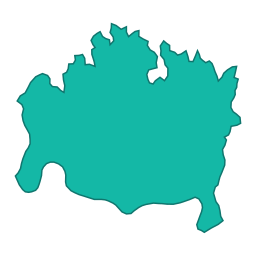 Santa Maria da Serra, São Paulo, Brazil
{"feature_id": "56859067B48466471181583", "entity_name": "Santa Maria da Serra", "entity_type": "district", "adm_level": 2, "iso_a3": "BRA", "parent_name": "Brazil", "parent_adm1": "São Paulo", "projection": "mercator", "projection_center": [-48.153, -22.565], "detail": "fine", "context": "isolated", "style": "filled", "palette": "teal", "viewbox_px": 256, "rotation_deg": 0, "n_neighbors": 0, "source": "geoboundaries", "source_scale": "gbopen_adm2", "svg_char_len": 2586}
<svg xmlns="http://www.w3.org/2000/svg" viewBox="0 0 256 256"><path d="M204.3,232.3L211.3,228.0L218.3,224.3L223.0,220.6L220.7,216.3L219.9,210.6L218.7,205.5L215.9,201.6L213.5,193.1L215.3,187.0L217.9,184.9L218.9,180.6L219.9,176.9L221.8,172.5L224.7,165.1L224.9,160.0L223.2,154.8L222.5,149.5L224.9,145.2L226.4,140.0L224.4,137.1L228.5,134.9L230.0,131.7L231.1,126.3L237.0,125.2L240.6,123.3L240.0,117.4L236.4,114.1L233.1,111.7L230.9,107.5L231.2,102.0L233.8,97.9L235.2,94.6L235.0,90.5L236.7,87.3L236.9,83.6L238.2,79.1L234.1,77.5L235.5,71.6L236.6,66.4L232.3,66.9L227.5,69.9L223.8,73.2L222.0,77.2L218.3,81.0L217.0,76.2L214.9,71.4L213.6,67.3L212.0,63.5L209.3,61.0L205.7,62.7L202.6,60.4L200.3,58.2L199.3,54.5L197.5,50.7L195.6,55.6L193.0,61.6L189.0,61.4L187.9,56.5L186.0,50.8L181.2,54.0L177.6,55.1L174.7,52.3L169.7,50.6L169.6,45.4L166.6,43.4L163.7,40.9L160.3,46.0L161.0,50.8L160.6,55.2L164.1,59.5L165.1,64.8L167.9,68.2L167.8,75.9L164.5,80.7L160.0,77.3L155.3,80.8L153.1,84.0L149.5,82.9L147.9,79.4L146.8,74.5L148.7,69.9L153.1,68.7L157.0,67.7L156.2,62.7L157.4,56.6L154.3,52.3L150.1,49.9L147.3,45.4L148.1,41.4L143.3,39.1L138.8,36.4L138.9,30.6L135.1,31.5L132.2,33.6L128.6,36.6L126.4,32.1L126.4,26.8L121.1,29.3L116.1,25.5L111.5,23.7L111.3,28.0L110.1,32.5L113.2,37.0L113.7,40.9L110.1,44.7L109.4,39.8L105.7,38.6L102.5,36.5L100.1,31.7L97.1,33.4L93.5,36.2L91.1,40.4L93.0,44.7L95.1,47.5L91.8,49.7L91.9,54.4L93.2,58.4L94.3,62.1L95.0,66.4L89.5,64.3L85.2,64.7L84.7,58.3L82.5,54.5L79.1,55.4L74.8,55.6L75.4,60.1L73.3,63.8L68.8,64.0L68.2,68.8L66.6,72.3L63.0,74.2L63.5,79.9L64.8,85.7L63.9,92.4L60.7,90.5L57.2,87.0L52.4,86.6L49.8,83.6L49.9,78.9L47.6,75.5L42.5,73.6L39.3,75.0L35.7,76.8L30.6,82.5L28.2,87.3L25.2,92.9L20.3,95.9L17.2,101.0L21.9,104.6L23.6,108.8L22.1,115.0L23.1,120.7L24.8,125.4L27.4,130.0L29.6,134.1L30.1,139.6L30.1,143.8L28.2,148.0L25.8,151.4L22.9,158.8L21.5,163.6L20.5,168.6L18.1,173.0L15.4,176.0L19.3,184.8L22.7,189.6L25.3,191.8L28.6,192.3L31.6,191.8L35.6,190.3L37.8,187.7L39.1,184.2L40.1,180.9L41.5,175.5L41.9,170.1L43.5,166.9L46.5,163.6L50.3,162.1L53.9,162.1L58.5,163.8L62.6,166.8L65.0,171.4L65.8,175.1L65.6,182.0L66.4,185.8L71.0,190.7L74.8,192.7L79.1,194.6L82.7,195.7L94.3,199.4L101.4,199.4L105.1,199.8L108.4,200.9L113.0,203.1L115.8,205.0L122.0,211.9L126.4,213.9L131.0,213.5L134.2,210.7L138.8,207.4L142.2,205.6L146.1,204.4L153.5,203.1L158.7,203.5L161.9,203.6L167.0,204.1L173.4,204.2L180.0,202.8L183.4,201.7L189.4,199.6L195.1,197.2L198.9,198.9L201.9,203.8L202.5,207.6L201.6,211.7L200.1,215.6L196.8,224.7L198.0,229.1L201.3,230.4L204.3,232.3Z" fill="#14b8a6" stroke="#0f766e" stroke-width="1.5"/></svg>